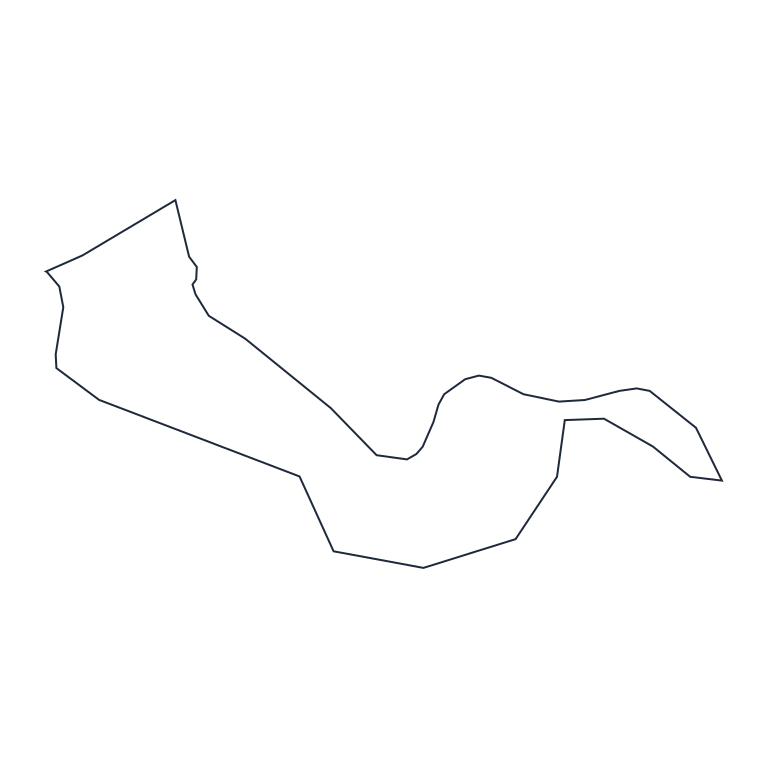 map outline of Kostel (Robinson projection)
{"feature_id": "SVN-245", "entity_name": "Kostel", "entity_type": "Municipality", "adm_level": 1, "iso_a3": "SVN", "parent_name": "Slovenia", "parent_adm1": "", "projection": "robinson", "projection_center": [14.82, 45.528], "detail": "fine", "context": "isolated", "style": "outline", "palette": "slate", "viewbox_px": 768, "rotation_deg": 0, "n_neighbors": 0, "source": "natural_earth", "source_scale": "10m", "svg_char_len": 707}
<svg xmlns="http://www.w3.org/2000/svg" viewBox="0 0 768 768"><path d="M721.9,480.6L690.2,476.8L653.0,446.6L604.0,418.7L564.8,420.1L557.0,476.8L515.6,539.1L423.4,567.9L333.6,551.3L299.7,476.8L299.5,476.7L299.3,476.3L299.1,476.3L99.1,399.9L56.4,368.1L55.7,354.3L63.3,307.2L59.3,286.5L46.9,271.9L46.1,271.5L82.5,255.4L175.4,200.1L189.1,256.7L196.8,267.0L196.2,279.4L192.5,284.5L195.5,294.3L208.8,315.8L245.2,338.7L330.8,408.1L376.6,455.2L407.0,459.4L416.4,454.0L422.7,446.7L433.5,421.9L438.5,404.6L444.2,394.2L465.2,379.2L478.9,375.6L491.3,377.8L523.4,394.2L558.9,401.6L584.9,400.0L619.3,390.9L636.7,388.4L649.7,390.9L696.0,427.8L721.6,480.0L721.9,480.6Z" fill="none" stroke="#1e293b" stroke-width="2"/></svg>